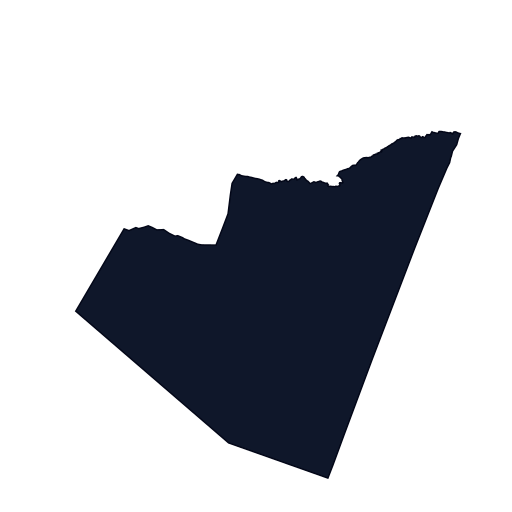 Minas, Córdoba, Argentina, rotated 290°
{"feature_id": "61730980B27944530838107", "entity_name": "Minas", "entity_type": "district", "adm_level": 2, "iso_a3": "ARG", "parent_name": "Argentina", "parent_adm1": "Córdoba", "projection": "albers", "projection_center": [-65.06, -30.967], "detail": "fine", "context": "isolated", "style": "filled", "palette": "ink", "viewbox_px": 512, "rotation_deg": 290, "n_neighbors": 0, "source": "geoboundaries", "source_scale": "gbopen_adm2", "svg_char_len": 5891}
<svg xmlns="http://www.w3.org/2000/svg" viewBox="0 0 512 512"><g transform="rotate(290 256 256)"><path d="M71.9,399.5L85.8,399.8L118.5,399.9L172.0,400.3L198.7,400.5L317.7,402.4L382.1,404.1L404.1,405.3L409.9,406.0L415.0,405.3L416.3,405.4L421.7,404.8L429.2,406.5L435.6,406.0L440.9,406.2L440.8,405.8L440.8,405.0L440.7,404.0L440.8,402.7L440.8,402.4L441.0,401.3L440.8,400.8L440.4,400.5L440.4,400.3L440.5,399.8L440.4,399.6L439.7,399.5L439.3,399.2L438.9,399.0L438.0,399.2L437.9,399.1L437.9,398.4L438.1,398.1L438.1,397.6L438.3,397.5L438.4,397.1L438.4,396.4L438.4,396.2L438.2,396.1L437.9,396.3L437.7,396.1L437.7,395.4L437.5,394.6L437.4,393.5L437.2,392.6L437.0,390.6L436.6,389.5L436.6,388.9L436.4,387.7L435.9,386.1L435.5,385.4L433.6,385.2L433.4,384.8L433.0,382.7L433.0,381.5L432.9,381.2L432.7,380.4L432.7,379.9L432.9,378.9L432.6,378.8L429.9,378.4L429.1,378.1L428.9,377.6L429.3,377.4L429.2,377.2L428.5,375.1L427.1,375.0L426.9,375.0L426.7,374.8L426.7,374.5L426.6,374.4L425.7,374.5L425.6,374.4L425.4,374.3L425.1,374.4L424.7,373.3L425.2,372.0L425.0,371.6L424.4,371.6L424.0,371.1L423.8,370.5L424.0,369.6L424.6,368.8L424.7,368.0L424.0,367.1L423.8,366.4L423.8,365.6L423.3,365.1L423.2,364.6L422.9,364.6L422.5,364.4L421.8,364.5L421.2,361.7L419.8,361.5L419.7,358.6L418.2,356.1L417.8,356.1L417.9,355.5L417.3,354.3L417.0,352.8L416.5,352.9L416.4,352.8L416.2,352.6L416.0,352.2L415.8,352.0L415.7,351.4L415.2,351.3L414.9,351.1L414.5,350.9L414.3,350.6L414.1,350.5L413.9,349.7L413.6,349.5L413.4,349.2L412.9,348.8L412.2,348.6L410.9,347.9L410.6,347.6L410.3,347.5L409.9,347.2L409.3,346.9L408.9,346.5L408.6,346.3L408.5,346.1L407.9,345.9L407.8,345.7L407.8,345.4L407.6,345.1L407.3,345.0L407.0,344.9L406.8,344.7L406.4,344.6L406.0,344.3L405.6,343.7L405.1,343.3L404.8,343.3L404.6,343.2L404.5,342.9L404.0,342.7L403.7,342.2L403.2,342.1L402.7,341.6L402.3,341.5L402.0,340.9L401.7,340.7L401.6,340.4L401.3,340.3L400.6,339.8L400.3,339.6L400.1,339.3L399.6,338.7L399.2,338.6L398.9,338.4L398.7,338.2L398.4,337.4L398.1,337.4L397.4,338.3L397.2,338.4L396.9,338.4L396.7,338.2L396.7,337.6L396.5,337.3L395.5,336.8L395.1,336.1L394.8,335.7L394.4,336.0L394.2,335.9L394.0,335.6L394.0,335.2L393.9,334.9L393.7,335.0L393.4,335.1L393.2,334.6L392.6,334.0L392.5,333.8L392.6,333.6L392.5,333.4L392.2,333.3L391.9,332.9L391.9,333.0L391.7,332.9L391.5,332.6L391.3,332.3L391.1,332.0L390.4,331.6L389.9,331.6L389.5,331.2L389.4,330.8L388.5,330.3L387.6,329.6L387.6,329.2L387.5,328.8L386.9,328.2L386.7,327.6L386.2,326.9L386.2,326.3L386.2,326.1L386.3,326.1L386.2,325.8L385.6,324.8L385.3,324.0L384.4,322.9L382.3,321.3L381.0,320.6L379.2,320.1L378.4,319.6L377.6,319.5L376.2,319.1L375.5,319.0L375.3,318.8L375.2,318.6L375.2,318.0L375.0,317.6L374.8,317.0L374.1,315.8L373.9,315.7L373.3,315.5L373.1,315.1L372.6,314.9L371.8,314.5L371.6,314.4L371.0,314.4L370.8,314.3L370.7,313.9L370.0,313.4L369.8,313.2L369.4,312.3L368.3,311.2L366.4,308.6L366.0,308.2L365.3,307.6L364.4,306.3L363.8,305.7L363.2,305.6L361.8,305.5L360.7,305.7L359.7,305.1L359.2,304.9L359.3,305.3L359.6,305.6L359.7,305.8L359.1,307.1L359.1,307.3L358.9,307.8L358.9,308.0L358.3,309.2L357.8,310.4L357.6,310.6L356.8,310.9L356.4,311.2L354.7,312.6L354.2,312.3L354.1,312.0L354.1,311.6L354.0,311.3L353.7,311.0L353.8,310.2L353.6,309.9L353.4,309.6L352.9,309.5L352.6,309.6L352.3,309.8L351.8,310.4L351.5,310.6L351.4,310.6L350.5,310.6L350.3,310.5L350.3,310.3L350.3,310.0L350.1,309.8L349.4,309.2L349.0,307.9L348.9,307.2L348.2,306.7L347.9,305.9L347.8,305.2L347.3,303.8L347.0,302.2L346.9,301.9L346.5,301.1L346.2,300.4L346.4,299.5L346.5,299.3L347.3,299.5L347.6,299.6L347.9,298.9L348.0,298.8L348.6,298.4L348.8,298.0L348.7,297.7L348.2,296.9L348.1,295.5L348.1,294.4L348.2,293.9L348.1,293.7L348.0,293.2L348.1,292.7L348.3,292.2L348.3,291.9L348.4,291.7L348.5,291.4L348.5,291.2L348.3,290.5L347.9,290.0L347.4,289.5L347.0,288.9L346.8,288.6L346.1,287.8L345.8,287.6L345.5,287.0L345.4,286.7L345.6,286.2L345.6,285.9L345.5,285.1L345.2,284.6L344.7,284.3L344.0,283.8L343.5,283.1L342.8,282.5L342.6,282.1L342.5,281.9L342.7,281.5L343.4,280.5L343.5,280.2L343.9,279.4L344.0,279.2L343.9,279.0L344.1,278.5L344.1,278.1L344.3,277.9L344.3,277.7L344.5,277.3L344.6,276.9L345.3,276.0L345.5,275.3L345.7,275.0L346.3,274.4L346.5,274.1L346.7,273.0L346.7,272.6L346.5,272.2L346.0,271.6L345.8,271.6L345.5,271.5L344.8,271.4L344.5,271.2L343.9,271.0L343.4,270.7L342.6,269.5L342.1,269.2L341.9,269.1L341.7,268.7L341.5,268.3L341.7,268.1L342.1,268.1L342.7,267.6L342.9,267.6L343.1,267.2L343.5,266.9L343.4,266.6L343.1,266.3L342.5,265.9L341.7,265.8L341.3,265.7L341.1,265.4L341.1,265.0L340.8,264.5L340.7,264.2L340.7,263.5L340.6,263.2L339.6,262.6L339.1,262.1L338.5,261.8L338.1,261.7L337.2,261.2L337.1,260.7L336.9,260.4L336.8,260.1L336.9,259.6L337.2,259.3L337.3,259.1L337.5,259.1L337.9,258.8L338.0,258.7L338.0,258.1L337.8,257.7L337.5,257.5L336.4,256.9L336.1,256.6L335.9,256.2L335.6,255.8L335.4,255.4L334.8,254.8L334.8,254.7L334.7,254.3L334.5,254.2L334.6,253.8L334.6,253.2L334.9,252.8L334.9,252.6L334.9,252.3L334.9,252.2L334.6,251.8L334.4,251.7L334.0,251.9L333.7,252.1L333.1,252.2L332.9,252.1L332.9,251.7L332.5,251.4L332.3,250.3L331.8,249.6L330.5,248.7L330.5,248.4L330.3,248.2L330.3,247.8L330.1,247.3L329.7,246.9L329.7,246.5L329.3,246.2L328.9,246.0L328.8,245.8L328.8,245.5L328.9,245.2L329.2,244.7L329.2,244.4L329.4,242.8L329.1,242.1L328.8,239.7L329.0,237.7L329.4,236.3L329.3,234.4L329.3,232.8L329.0,230.5L328.6,228.7L328.4,226.5L328.3,224.9L327.9,222.8L327.9,221.5L327.7,220.4L327.3,219.4L327.0,218.2L326.5,215.2L326.5,214.3L326.7,213.2L326.8,212.3L326.7,212.0L326.5,211.8L326.4,210.6L321.4,209.7L316.1,208.7L304.8,211.0L286.1,215.3L270.2,215.1L252.6,214.7L251.9,212.8L247.8,201.2L247.1,197.1L247.6,187.4L247.6,182.6L248.1,180.8L248.3,175.5L246.9,173.1L247.6,166.6L249.2,160.2L247.9,157.2L246.6,153.8L247.3,148.6L247.5,144.4L244.8,141.1L241.6,136.4L241.6,133.4L236.4,128.0L236.4,122.8L142.5,105.5L71.0,294.2L71.9,399.5Z" fill="#0f172a" stroke="#020617" stroke-width="1.5"/></g></svg>